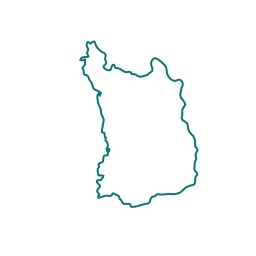 map outline of Chagang-do (Mercator projection), rotated 311°
{"feature_id": "PRK-3310", "entity_name": "Chagang-do", "entity_type": "Province", "adm_level": 1, "iso_a3": "PRK", "parent_name": "North Korea", "parent_adm1": "", "projection": "mercator", "projection_center": [126.424, 40.896], "detail": "fine", "context": "isolated", "style": "outline", "palette": "teal", "viewbox_px": 256, "rotation_deg": 311, "n_neighbors": 0, "source": "natural_earth", "source_scale": "10m", "svg_char_len": 4028}
<svg xmlns="http://www.w3.org/2000/svg" viewBox="0 0 256 256"><g transform="rotate(311 128 128)"><path d="M166.2,41.1L166.9,41.8L166.9,44.0L167.3,44.5L168.2,44.5L169.9,44.8L171.2,45.9L171.0,46.5L169.7,48.9L168.5,51.5L168.1,54.5L168.1,56.8L168.4,59.0L168.8,60.4L169.0,61.1L169.0,61.9L168.3,63.3L167.2,64.1L165.9,64.8L164.8,65.7L164.1,67.0L163.6,68.1L162.9,68.9L161.6,69.2L159.5,68.9L158.6,69.1L157.8,70.2L157.6,71.4L157.8,72.9L158.2,74.4L158.7,75.5L160.1,76.6L161.3,76.5L164.0,75.3L164.6,75.2L165.4,75.1L166.1,75.4L166.5,76.2L166.3,77.0L165.4,78.0L165.1,78.7L165.3,79.3L166.7,81.5L167.2,83.1L167.5,84.7L168.0,88.0L168.8,89.9L171.2,92.0L171.8,93.5L171.6,94.4L171.3,95.0L171.3,95.6L172.2,96.7L172.9,97.7L173.3,98.9L173.7,101.6L174.6,103.4L175.9,104.7L180.1,107.4L181.1,107.8L183.3,108.0L186.1,108.8L187.1,108.7L188.6,107.7L189.5,106.5L190.2,105.0L191.2,103.6L192.8,102.5L195.0,101.7L197.0,101.7L198.6,102.8L199.3,104.7L199.6,107.1L199.8,109.7L199.7,111.8L199.3,115.3L198.3,117.7L194.7,121.7L193.5,124.2L192.9,127.7L193.3,131.0L194.9,133.1L197.7,134.5L198.5,135.6L198.6,137.6L198.3,138.8L197.7,139.9L196.9,140.7L196.0,141.3L192.9,142.3L187.2,145.7L185.7,147.9L184.6,153.5L183.3,155.6L182.4,156.1L179.2,156.5L177.8,156.9L176.8,157.5L175.8,158.3L174.7,159.4L172.5,161.0L170.7,161.9L169.8,163.5L170.2,167.1L170.2,169.7L168.8,171.8L167.1,173.6L165.7,175.9L165.3,177.5L165.0,179.2L164.8,180.9L164.9,182.3L163.1,186.0L162.0,187.4L159.2,189.7L158.7,190.4L158.3,191.0L157.7,193.1L157.3,194.4L156.8,195.0L156.2,195.3L155.0,195.4L154.0,195.7L153.4,195.9L152.8,196.2L151.8,197.0L151.1,197.8L150.2,199.0L149.6,199.6L149.0,200.0L147.4,200.3L146.8,200.5L146.1,200.9L141.5,204.2L140.7,204.9L140.1,205.6L139.9,206.1L139.7,206.6L139.4,208.5L139.3,209.2L138.9,210.2L138.3,210.6L137.8,210.9L135.6,211.1L134.8,211.4L130.5,214.5L129.6,214.9L129.0,214.9L128.5,214.7L128.0,214.6L124.8,212.4L122.0,211.0L120.6,210.6L113.9,209.8L112.4,209.2L109.2,207.1L108.1,206.0L105.0,202.0L100.2,197.5L98.3,194.9L97.0,193.5L96.4,193.2L95.9,193.1L95.0,193.2L94.0,192.9L93.3,192.5L92.4,191.8L91.8,191.5L91.2,191.4L90.1,191.4L89.1,191.6L88.0,192.1L87.0,192.7L86.5,192.9L85.7,193.0L84.7,192.8L84.0,192.5L83.4,192.1L82.3,191.0L73.8,185.4L71.5,183.2L70.9,182.5L70.7,181.9L70.8,181.4L71.1,180.9L71.4,180.4L71.7,180.0L71.8,179.4L71.7,178.9L71.4,178.4L68.4,175.2L68.2,174.8L68.0,174.3L67.9,173.8L67.9,173.2L68.1,172.7L68.6,171.6L68.8,171.1L69.1,168.4L69.2,168.0L70.1,166.7L70.3,166.2L70.4,165.7L70.5,165.2L70.5,164.6L70.4,164.2L69.8,162.9L69.7,162.6L69.3,160.4L69.0,159.8L68.6,159.4L68.0,159.4L66.8,159.7L66.2,159.7L65.4,159.4L64.9,159.0L62.7,156.1L62.0,155.4L61.4,154.9L56.2,151.9L56.5,150.6L57.1,150.1L58.3,150.4L59.0,149.9L59.2,149.3L59.3,148.0L59.5,147.3L60.2,146.2L60.9,145.6L61.8,145.4L64.8,145.3L65.8,144.9L66.3,143.8L66.4,141.8L66.8,139.9L67.6,139.3L68.7,139.5L69.7,140.4L70.3,141.2L70.4,141.5L74.6,141.4L75.7,140.8L75.0,139.3L72.9,136.8L75.7,133.2L77.2,132.1L77.4,132.0L79.6,131.6L80.2,131.3L80.6,130.6L80.9,130.0L81.3,129.6L82.1,129.5L82.7,129.7L85.8,131.1L86.5,131.0L89.4,128.9L90.4,128.5L91.5,128.3L92.3,128.8L93.2,129.7L94.1,130.4L95.0,129.9L96.1,129.1L98.3,128.8L99.3,128.3L99.8,127.3L99.4,126.9L98.4,126.8L97.3,126.9L98.1,125.5L99.4,125.1L100.8,124.8L102.0,123.9L103.5,121.6L103.9,120.5L103.7,119.6L104.2,118.9L104.8,118.4L105.5,118.0L106.2,117.7L106.0,116.5L106.8,115.5L107.9,114.5L108.7,113.1L107.7,111.3L109.4,109.7L117.6,104.8L118.6,103.9L119.3,102.8L121.1,98.6L122.0,97.5L123.8,95.7L124.6,94.6L126.3,90.6L127.1,89.4L130.7,85.0L133.0,83.3L135.1,83.3L134.8,83.7L134.7,84.1L134.5,84.4L134.1,84.7L134.1,85.4L136.6,84.7L136.6,82.2L135.6,79.2L135.1,76.7L135.5,75.5L138.0,71.4L139.2,67.0L140.6,64.4L140.8,63.1L140.6,61.8L139.8,60.5L139.8,59.3L142.4,56.6L143.5,54.3L144.7,54.0L147.2,54.1L148.0,53.7L150.4,51.5L151.5,50.8L150.5,50.0L149.4,49.4L148.5,48.6L148.0,47.5L149.2,46.9L150.4,46.9L151.5,47.4L152.5,48.1L154.7,50.5L155.9,51.3L156.5,50.5L157.4,48.1L161.4,46.4L162.4,43.8L163.1,42.7L164.6,41.6L166.2,41.1Z" fill="none" stroke="#0f766e" stroke-width="2"/></g></svg>